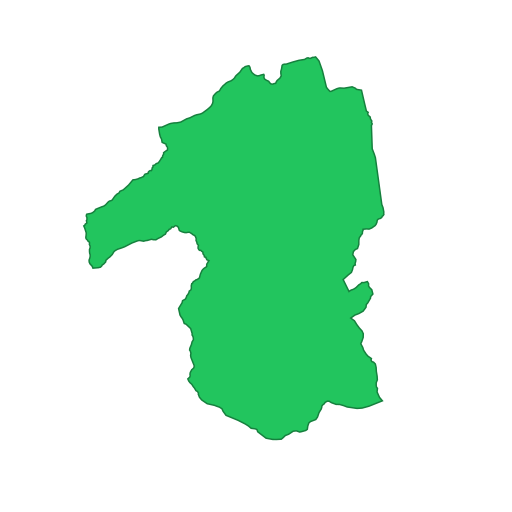 Cachi, Salta, Argentina (Natural Earth projection), rotated 249°
{"feature_id": "61730980B38910879035127", "entity_name": "Cachi", "entity_type": "district", "adm_level": 2, "iso_a3": "ARG", "parent_name": "Argentina", "parent_adm1": "Salta", "projection": "natural_earth1", "projection_center": [-66.151, -25.018], "detail": "fine", "context": "isolated", "style": "filled", "palette": "green", "viewbox_px": 512, "rotation_deg": 249, "n_neighbors": 0, "source": "geoboundaries", "source_scale": "gbopen_adm2", "svg_char_len": 6118}
<svg xmlns="http://www.w3.org/2000/svg" viewBox="0 0 512 512"><g transform="rotate(249 256 256)"><path d="M349.9,412.2L351.7,411.0L359.4,412.0L373.0,413.9L375.6,409.5L376.9,409.0L379.5,406.4L381.1,398.3L382.8,394.6L383.1,393.0L383.2,391.4L382.8,385.1L383.2,384.0L385.9,382.9L388.3,382.2L405.1,384.4L415.5,384.7L420.5,383.0L420.7,381.4L421.2,379.9L421.0,377.8L421.6,376.3L422.3,375.8L422.6,374.6L422.1,371.8L423.3,366.2L423.9,360.0L424.3,352.9L424.9,351.3L425.1,349.9L424.6,348.7L421.2,346.7L419.6,345.4L417.8,344.7L415.1,344.1L413.5,342.1L412.3,338.7L411.4,337.4L410.1,336.2L410.5,334.8L410.4,333.3L411.3,331.6L413.0,330.8L414.5,330.5L415.5,329.6L416.1,328.9L418.2,327.4L419.7,327.4L420.4,327.6L421.9,328.4L422.8,328.3L423.2,325.2L423.2,323.7L423.6,321.9L425.4,319.8L427.0,318.8L428.8,317.9L432.2,317.6L434.4,318.0L436.1,317.6L436.4,316.3L436.7,313.8L436.1,311.9L436.0,310.6L433.4,306.8L431.7,302.4L431.1,301.2L430.0,299.9L429.3,298.5L428.9,297.2L428.5,295.5L428.5,292.2L428.1,290.0L427.4,288.3L426.7,286.2L425.0,283.2L423.7,281.7L423.0,280.6L423.1,280.0L422.8,277.8L421.8,275.6L420.7,273.6L419.0,272.4L415.8,271.3L414.1,270.2L412.3,268.2L411.3,266.1L410.2,263.0L408.6,257.2L408.5,255.0L409.1,251.2L409.2,249.1L408.7,243.9L408.9,240.4L408.0,233.7L408.7,229.8L409.7,226.9L410.3,223.9L410.4,221.9L410.0,214.5L411.0,211.4L409.5,210.8L404.3,209.7L401.5,209.4L399.1,209.7L395.7,209.1L392.7,212.1L391.0,211.8L389.6,212.3L388.0,212.0L386.6,211.2L386.5,210.2L385.9,207.9L385.5,206.7L384.2,206.3L383.4,205.2L382.5,204.4L381.5,204.0L381.5,203.0L380.2,201.5L378.9,199.7L377.9,197.9L378.0,195.9L377.2,194.0L377.4,192.3L376.0,191.7L375.5,190.7L373.9,189.8L373.2,188.9L373.7,187.9L373.4,186.4L372.8,185.4L371.8,184.9L372.2,181.8L371.5,180.6L370.4,179.4L370.5,178.5L370.3,176.9L370.5,175.4L370.3,173.3L370.6,170.6L371.2,168.4L367.9,162.5L365.3,155.7L365.2,152.2L363.9,150.6L363.6,148.4L362.5,145.8L359.7,141.6L359.6,140.5L359.8,138.8L359.4,137.4L357.6,133.8L357.1,131.7L357.2,129.6L357.1,125.1L357.0,122.9L355.8,121.5L355.1,119.3L354.9,117.5L355.7,113.0L354.9,112.2L353.6,111.8L352.6,112.0L350.3,111.1L349.9,110.4L347.4,109.9L346.9,107.9L346.1,107.3L345.8,106.0L343.4,106.1L338.4,105.8L336.0,104.7L334.6,103.9L333.7,103.6L332.5,103.7L331.5,104.3L330.4,104.4L329.5,104.8L328.7,105.4L327.8,105.3L326.6,104.6L324.7,104.7L323.0,104.0L321.8,102.9L320.0,102.2L318.2,101.7L316.6,101.6L315.0,101.0L313.6,100.1L312.0,98.7L310.1,98.1L308.1,98.2L305.1,99.4L303.1,99.4L301.6,104.6L301.3,106.8L301.9,108.3L302.7,109.2L303.1,111.0L304.4,113.6L305.7,114.2L307.1,117.6L307.4,119.0L308.9,122.3L311.0,125.0L311.5,126.5L311.9,129.0L311.7,133.5L311.7,136.7L312.6,144.9L312.6,150.5L312.5,151.7L312.1,153.1L310.1,156.4L309.9,158.5L309.5,159.9L309.1,164.4L308.0,166.0L307.0,168.4L307.5,170.9L307.7,174.2L308.0,175.4L308.5,176.8L308.9,179.3L310.6,180.9L311.2,183.4L312.0,184.3L312.0,186.0L313.3,187.9L312.5,189.2L313.1,191.1L313.1,192.0L312.0,193.2L310.5,193.8L307.4,193.6L306.6,194.1L305.0,195.7L303.5,197.7L302.8,199.2L302.5,201.0L302.0,202.4L299.9,204.0L298.6,204.7L297.0,206.1L295.8,206.4L293.6,206.4L292.0,205.6L290.0,205.7L288.5,205.4L287.5,205.8L286.4,206.0L285.3,205.2L284.0,204.7L282.3,204.9L281.4,205.5L281.2,206.2L281.1,206.5L280.0,206.9L278.9,207.7L278.6,207.8L277.0,207.3L274.9,207.9L273.8,207.5L273.1,208.1L272.8,208.7L271.4,208.6L270.6,208.8L270.2,208.7L268.5,210.4L267.9,209.4L266.9,208.4L266.5,207.6L265.5,206.8L263.8,206.2L263.1,203.1L262.5,201.6L261.8,200.4L259.0,197.6L255.8,195.3L255.1,192.5L255.3,191.5L254.6,189.5L254.6,188.4L253.3,186.9L253.2,186.1L251.4,184.9L249.3,184.2L248.2,183.5L247.6,182.9L247.1,181.0L246.1,180.5L244.4,178.5L243.7,177.1L242.5,176.2L241.1,174.7L240.6,171.4L238.9,170.3L234.7,164.9L228.1,163.9L225.8,164.3L224.5,164.7L222.6,165.0L218.7,164.8L217.5,166.2L211.7,169.0L206.4,168.6L205.2,168.0L203.6,168.3L202.0,168.1L200.2,167.5L198.8,165.6L196.4,163.9L193.6,161.2L192.0,160.3L191.1,160.6L188.6,160.4L186.6,159.3L184.5,158.9L176.0,159.0L175.1,158.7L174.0,158.0L173.5,157.1L172.8,155.2L170.8,152.9L169.3,152.0L167.9,151.7L166.7,150.8L165.7,148.3L163.4,148.4L161.3,149.0L159.2,150.1L156.6,150.6L154.9,151.2L151.8,151.7L150.6,152.7L148.8,153.2L147.8,152.6L144.4,152.6L141.1,153.7L135.6,157.5L131.4,163.8L130.0,165.3L127.9,167.8L125.5,169.5L122.9,169.6L118.0,170.9L109.1,180.3L103.0,185.8L99.9,188.1L96.9,189.7L94.9,193.4L93.6,194.7L91.3,194.6L82.3,200.1L78.8,205.8L77.5,209.0L75.9,214.0L76.7,216.3L77.9,219.1L77.9,222.6L79.1,228.0L78.3,231.0L76.0,233.7L75.7,235.6L75.3,239.9L75.8,241.8L78.7,243.4L81.3,245.6L81.9,247.6L81.9,253.2L83.6,255.7L87.2,258.7L89.8,262.1L91.1,263.1L92.3,263.7L93.1,265.0L93.6,266.8L94.6,268.1L94.9,270.6L94.2,272.2L92.0,273.9L88.7,277.7L87.5,280.8L85.0,284.1L82.4,287.0L77.5,295.7L76.0,300.6L75.3,307.6L75.5,322.1L79.9,320.6L85.7,320.3L89.0,322.0L90.3,321.5L92.0,321.8L94.6,322.8L96.9,324.9L100.4,326.0L105.2,327.0L108.9,328.2L112.4,328.7L114.8,327.7L115.9,326.3L117.7,326.1L118.9,327.0L122.4,324.6L125.2,323.6L129.5,322.7L132.3,322.9L136.6,322.4L138.0,323.9L141.6,326.9L145.0,328.3L148.1,328.1L151.9,326.6L155.9,325.5L160.2,324.7L164.1,322.2L165.4,327.2L165.4,331.4L166.1,336.2L168.7,340.3L171.2,341.6L172.0,343.3L175.6,347.8L177.0,348.4L178.6,351.5L183.1,352.0L185.7,350.8L187.5,350.3L189.8,351.2L192.2,350.8L192.5,347.2L193.3,345.3L192.6,343.7L192.2,341.6L190.7,338.2L190.2,336.2L190.0,334.5L190.1,333.1L190.0,331.7L189.5,330.1L202.8,328.9L205.3,335.4L206.5,339.2L208.7,341.2L210.7,342.5L212.0,343.9L212.0,345.5L213.5,345.8L215.0,347.0L216.9,348.0L222.5,346.8L225.2,348.5L226.5,351.1L226.6,353.4L229.9,356.1L233.7,357.6L235.8,358.8L236.6,359.8L237.1,360.8L237.8,361.2L238.1,362.3L239.1,363.5L240.6,364.1L241.4,365.0L242.6,365.5L241.7,368.9L240.6,371.2L240.7,374.2L241.2,376.1L241.7,378.1L242.6,379.5L244.3,381.1L245.5,381.7L246.3,382.5L246.7,383.7L246.5,385.6L246.9,387.2L247.9,388.2L248.1,389.2L249.0,390.3L249.8,390.4L251.3,391.1L255.6,391.9L259.0,391.9L305.0,402.7L308.7,402.9L314.4,402.9L336.7,410.6L337.1,411.4L338.1,411.9L339.2,411.6L340.5,412.5L342.8,412.0L344.9,412.4L347.1,411.2L348.4,411.2L349.2,411.5L349.9,412.2Z" fill="#22c55e" stroke="#15803d" stroke-width="1.5"/></g></svg>